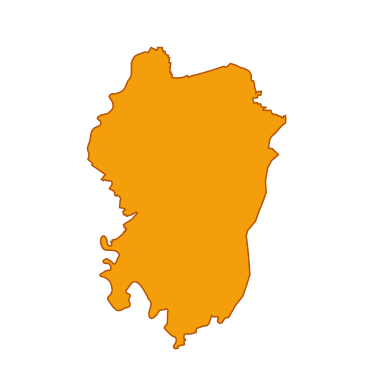 outline of Me Linh, Vĩnh Phúc, Vietnam, rotated 258°
{"feature_id": "81297802B91668671895601", "entity_name": "Me Linh", "entity_type": "district", "adm_level": 2, "iso_a3": "VNM", "parent_name": "Vietnam", "parent_adm1": "Vĩnh Phúc", "projection": "orthographic", "projection_center": [105.703, 21.181], "detail": "fine", "context": "isolated", "style": "filled", "palette": "amber", "viewbox_px": 384, "rotation_deg": 258, "n_neighbors": 0, "source": "geoboundaries", "source_scale": "gbopen_adm2", "svg_char_len": 5967}
<svg xmlns="http://www.w3.org/2000/svg" viewBox="0 0 384 384"><g transform="rotate(258 192 192)"><path d="M76.7,126.8L77.1,128.6L78.1,130.3L79.6,132.4L82.6,135.1L82.9,135.9L82.8,142.7L82.8,142.9L82.4,143.4L81.7,143.8L80.6,143.7L78.0,142.8L69.9,140.9L68.3,140.2L67.5,139.3L65.9,137.3L65.4,136.8L64.4,136.8L63.3,137.3L60.0,139.3L56.6,141.6L55.0,143.2L53.5,145.4L52.1,146.0L50.8,145.9L49.2,145.5L48.0,144.6L46.2,143.0L45.0,141.9L44.2,141.8L43.8,141.8L43.1,142.1L42.5,142.8L42.1,143.7L42.1,144.7L42.3,146.0L43.2,145.7L43.6,145.9L43.8,146.1L44.0,147.4L44.3,149.8L44.4,151.5L44.2,152.7L44.6,152.8L48.1,153.3L48.4,153.6L48.5,154.0L48.3,154.6L49.3,155.0L50.7,153.4L54.4,155.0L54.1,158.2L53.5,161.0L53.4,163.0L53.8,164.3L53.9,165.6L53.5,166.4L53.7,166.7L56.5,167.6L57.4,168.3L57.7,169.2L58.5,175.0L58.3,176.3L58.2,178.6L58.6,179.6L59.3,180.6L60.3,181.6L65.3,184.5L66.9,185.7L65.5,187.0L65.2,187.6L65.0,189.6L64.7,190.6L64.4,191.2L64.0,191.6L63.8,191.6L61.7,190.6L60.4,190.2L59.8,190.2L59.2,190.4L58.5,191.0L58.0,191.8L57.7,192.8L57.7,193.5L58.0,194.2L61.4,197.7L61.9,198.7L61.9,200.0L61.6,201.7L72.0,210.9L79.6,220.1L89.0,225.8L99.3,231.5L120.3,234.3L138.0,236.0L142.7,238.4L150.3,248.1L160.8,254.5L165.9,258.1L175.9,264.4L187.8,266.2L200.1,271.2L206.2,276.4L210.5,284.3L217.7,279.6L218.0,278.5L219.0,276.0L225.7,278.4L227.8,279.6L229.1,280.6L230.3,282.2L232.3,285.9L233.5,287.5L236.2,290.9L238.0,293.4L240.0,297.7L242.5,298.5L247.0,299.3L246.8,299.0L247.0,298.7L247.2,297.6L245.9,297.0L245.9,296.7L246.1,295.9L246.1,295.3L246.7,295.4L247.4,294.5L248.7,291.9L249.1,292.1L249.9,291.0L250.5,289.8L251.2,287.9L251.2,287.0L254.1,286.1L255.4,286.2L257.1,278.8L259.2,279.4L258.8,281.5L259.6,281.9L260.0,279.9L260.2,279.3L260.8,278.2L261.2,277.5L263.8,277.5L264.4,274.5L265.7,274.5L266.2,271.0L269.8,270.8L271.2,270.9L270.5,275.6L272.9,276.4L272.5,279.5L276.0,280.9L276.5,277.2L275.1,275.0L275.9,275.1L276.8,275.5L279.5,275.3L280.5,275.1L281.5,275.1L285.1,275.5L286.6,275.5L287.9,275.3L288.0,275.1L288.2,274.2L288.4,273.8L288.8,273.6L290.9,273.4L291.5,273.5L292.0,273.6L293.2,274.2L294.1,274.2L296.6,273.6L297.2,273.3L297.8,273.2L298.5,272.8L301.7,269.2L303.6,265.5L305.9,262.4L306.8,261.5L308.8,257.9L309.7,256.1L307.6,253.0L307.2,251.9L307.3,250.6L308.3,249.5L307.6,242.5L306.9,236.6L305.5,217.8L306.0,217.5L304.9,212.3L307.0,211.8L306.2,207.9L306.0,206.6L306.5,201.6L307.9,196.5L311.2,196.9L311.4,195.9L313.6,196.4L313.9,195.1L322.9,198.1L323.3,196.3L328.1,198.0L328.8,196.6L330.4,197.3L332.6,194.5L335.2,195.0L335.4,192.8L336.8,193.1L337.6,193.0L338.3,192.8L339.4,193.0L340.5,188.4L337.9,187.2L338.6,186.0L341.9,182.1L337.5,178.2L338.9,174.5L338.7,173.8L338.4,173.1L338.1,170.6L337.7,167.7L337.0,165.2L336.5,164.2L334.8,162.4L333.7,161.4L331.7,160.1L330.5,159.5L329.1,159.1L327.3,158.8L324.5,158.2L323.2,158.0L321.4,157.5L319.6,157.0L318.2,156.4L316.1,154.8L315.2,153.9L314.2,152.6L313.5,152.0L307.8,148.1L306.9,147.2L306.2,146.2L305.7,145.3L305.0,143.9L304.7,142.7L304.4,141.1L304.1,139.2L304.0,136.5L304.1,135.8L304.4,135.6L304.7,135.0L304.7,134.2L304.4,132.8L303.9,131.9L303.3,131.2L302.7,130.9L302.3,130.8L301.2,131.1L297.9,132.4L296.3,132.9L295.3,133.0L293.2,132.9L291.9,132.7L291.2,132.3L289.9,131.4L288.7,130.1L286.7,126.7L286.3,125.5L286.2,124.7L286.3,123.7L286.2,121.5L286.2,119.8L286.0,118.2L284.9,115.5L284.3,114.9L283.7,114.8L282.4,115.2L281.9,115.6L281.0,116.7L280.1,117.1L278.9,117.3L277.3,116.9L276.8,116.4L276.3,115.5L275.8,113.8L275.2,111.1L274.8,109.8L274.0,108.5L272.7,107.1L271.5,106.2L269.9,105.3L267.7,104.4L265.5,103.6L263.3,102.8L257.6,99.3L256.5,98.9L255.3,98.7L253.9,98.8L251.5,99.1L250.0,99.1L247.2,97.9L245.4,97.0L240.6,100.9L239.3,99.5L228.1,109.9L227.1,110.7L223.1,106.0L221.7,107.4L221.7,107.8L222.2,108.6L222.3,109.1L222.0,109.6L221.2,110.0L221.0,110.9L220.6,111.7L220.4,112.7L219.9,114.5L219.5,115.1L218.9,115.4L218.1,115.6L216.4,115.6L212.3,111.8L210.6,114.0L209.1,115.7L208.6,115.9L207.0,116.1L205.6,115.7L205.0,116.0L203.7,117.1L204.6,118.2L204.2,118.6L201.6,120.7L200.6,120.9L198.1,119.8L191.8,118.0L190.5,121.0L188.8,123.2L187.1,120.2L186.6,120.3L183.7,120.6L183.6,122.3L183.1,122.7L182.2,122.8L181.8,123.1L182.2,126.6L182.7,129.6L183.9,132.8L183.8,133.3L183.0,134.1L180.6,131.4L179.5,129.7L178.9,129.0L178.0,127.7L176.4,123.7L175.5,121.1L174.1,118.1L171.7,118.2L170.3,120.0L169.8,120.3L169.2,120.0L169.0,119.5L168.7,118.6L167.4,118.9L167.1,118.8L167.0,118.4L167.1,117.7L167.2,117.1L166.2,116.2L165.3,115.8L164.4,113.8L162.0,109.5L161.6,107.7L161.6,104.1L160.2,103.9L160.4,102.3L158.0,102.7L156.7,102.2L156.3,101.5L156.3,100.0L157.2,99.0L158.3,98.5L162.5,98.7L164.2,98.5L165.8,98.0L167.0,97.2L167.4,96.2L167.4,95.2L166.1,93.7L164.1,92.7L162.2,92.2L159.3,92.2L157.1,92.6L155.3,93.2L154.4,93.9L153.6,94.9L152.8,96.6L151.8,100.8L151.0,103.4L150.3,104.9L149.0,106.3L147.2,107.4L146.2,107.8L145.6,107.8L144.9,107.6L141.7,104.9L138.5,102.7L137.8,101.9L137.6,101.5L137.7,100.9L138.2,100.2L139.3,99.7L141.1,98.3L144.1,95.3L144.5,94.6L144.3,93.3L143.7,91.5L143.1,90.8L142.2,90.5L141.5,90.7L140.6,91.5L139.8,93.8L139.4,95.3L138.6,96.2L137.4,96.8L136.5,97.0L134.7,96.9L133.6,96.6L133.0,96.2L132.7,95.8L132.6,95.2L132.9,93.0L132.9,91.9L132.6,90.7L130.7,85.5L130.2,84.9L129.6,84.7L128.9,85.0L128.2,85.8L126.5,89.0L124.9,90.7L122.6,92.4L121.5,93.0L120.1,93.4L118.3,93.7L113.2,93.7L111.4,93.0L109.6,91.9L108.2,90.4L106.9,88.3L106.1,87.6L104.9,87.4L103.2,87.7L100.6,88.8L95.9,90.9L92.2,93.6L91.6,94.6L91.2,96.0L91.2,97.8L92.4,102.4L92.5,105.2L93.2,107.2L93.6,107.7L96.5,108.1L98.9,107.7L100.0,107.7L101.1,108.4L102.4,109.6L103.4,110.0L104.2,110.0L105.2,109.2L107.1,106.9L107.8,106.5L108.6,106.6L109.6,107.3L112.0,110.2L114.9,113.4L115.9,114.6L116.2,115.4L116.3,116.4L116.1,117.7L115.7,118.5L114.7,119.8L113.2,121.1L110.9,122.5L106.6,124.3L99.2,126.6L96.5,127.2L95.6,127.6L93.3,128.7L91.3,128.7L89.6,128.2L87.4,127.2L83.0,124.8L81.3,124.4L79.6,124.3L78.4,124.4L77.4,125.1L76.8,125.9L76.7,126.8Z" fill="#f59e0b" stroke="#b45309" stroke-width="1.5"/></g></svg>